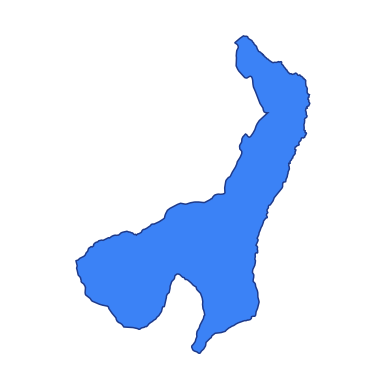 Sevilla de Oro, Azuay, Ecuador, rotated 185°
{"feature_id": "8360857B69749435538117", "entity_name": "Sevilla de Oro", "entity_type": "district", "adm_level": 2, "iso_a3": "ECU", "parent_name": "Ecuador", "parent_adm1": "Azuay", "projection": "natural_earth1", "projection_center": [-78.594, -2.705], "detail": "fine", "context": "isolated", "style": "filled", "palette": "blue", "viewbox_px": 384, "rotation_deg": 185, "n_neighbors": 0, "source": "geoboundaries", "source_scale": "gbopen_adm2", "svg_char_len": 5943}
<svg xmlns="http://www.w3.org/2000/svg" viewBox="0 0 384 384"><g transform="rotate(185 192 192)"><path d="M166.7,36.6L165.1,39.9L164.9,43.4L161.2,47.8L160.2,48.6L159.7,50.4L156.6,53.3L150.7,54.5L146.8,56.1L145.7,57.5L143.4,59.8L142.2,60.5L140.7,61.7L138.8,62.6L136.3,64.6L134.3,65.8L128.6,68.4L126.8,68.6L125.5,69.3L124.4,69.4L122.9,70.0L121.9,71.2L121.8,73.0L120.7,73.5L118.6,73.7L117.9,74.8L117.7,78.4L116.6,81.7L115.6,87.9L115.7,88.8L117.2,93.0L117.7,97.4L118.3,99.4L120.3,103.3L120.9,105.8L121.5,106.7L123.3,108.3L123.4,110.1L123.1,112.3L123.2,114.7L123.6,115.5L124.7,116.9L124.8,118.0L124.7,120.0L123.1,124.4L122.8,127.0L122.8,129.2L123.6,130.6L123.3,133.2L123.6,134.7L123.6,135.9L123.4,136.3L122.5,137.2L121.6,137.0L121.3,137.5L121.6,139.9L122.0,140.5L121.9,142.8L122.6,143.8L123.5,144.3L123.6,144.6L122.0,149.3L122.1,150.4L123.1,151.6L121.8,155.1L121.6,157.4L120.8,159.8L120.1,162.6L119.2,164.5L118.3,168.0L118.2,169.3L116.2,172.4L115.1,172.8L114.8,173.2L114.9,173.8L115.8,175.2L115.8,176.0L115.6,177.0L114.9,177.6L114.7,178.2L115.5,179.4L115.7,180.6L115.5,181.3L114.5,182.9L114.7,184.3L114.5,184.9L114.1,185.5L112.9,186.0L110.5,190.2L109.6,193.5L102.7,203.7L102.2,205.1L102.4,208.0L102.1,209.3L101.3,210.0L100.4,210.1L99.6,210.5L99.4,212.9L98.5,215.4L98.3,217.8L98.0,218.8L98.0,220.5L97.0,223.4L97.4,225.7L98.0,226.7L97.8,227.7L98.2,228.8L98.1,229.1L96.8,229.2L97.0,230.9L96.5,231.9L95.9,232.4L95.1,234.5L94.6,234.7L94.5,236.3L92.6,239.1L92.6,239.9L92.9,240.9L92.3,242.0L92.2,242.9L92.3,243.2L93.1,243.2L93.4,243.6L93.1,245.7L92.2,246.2L91.6,247.1L89.6,248.1L89.4,248.7L89.9,249.7L89.8,250.9L88.1,252.9L87.7,255.2L87.0,255.6L85.7,255.6L84.5,256.5L84.4,257.6L83.9,258.2L83.1,260.3L83.5,261.0L84.3,261.0L84.5,261.3L84.7,261.9L84.5,262.7L84.7,263.0L85.9,263.6L85.8,265.4L86.4,268.9L86.0,270.6L86.0,273.2L86.3,274.1L85.8,275.3L84.4,276.3L84.0,277.6L84.2,278.2L84.9,278.9L85.0,280.5L85.5,282.2L86.0,282.8L85.7,285.2L85.5,285.6L84.5,285.6L84.9,287.1L83.2,288.0L82.4,290.4L82.8,291.3L83.6,292.2L83.6,293.4L84.0,294.1L84.6,294.5L84.4,296.5L83.7,296.8L83.9,297.8L83.5,299.2L84.6,299.5L85.9,300.9L86.2,303.3L86.1,304.8L86.7,306.2L87.6,307.4L87.9,308.2L88.4,311.3L88.4,312.8L88.9,313.6L89.9,314.0L90.3,314.8L91.0,314.8L91.5,315.7L93.0,316.8L93.9,316.9L94.8,318.0L95.8,317.5L96.6,317.5L97.6,318.7L98.7,319.4L99.4,319.4L100.3,318.6L102.4,317.9L103.6,318.5L104.9,318.3L107.2,320.2L108.2,321.8L109.1,322.2L109.5,323.0L111.4,324.8L112.2,326.0L113.8,327.3L114.0,327.8L114.0,329.1L114.5,329.6L116.1,329.3L116.5,329.0L117.3,329.4L118.9,328.5L121.1,328.4L122.5,327.9L123.6,328.2L126.9,330.1L127.9,331.0L128.9,331.2L129.7,332.1L131.1,332.9L131.5,333.6L132.3,333.9L132.9,335.0L133.4,334.8L133.7,334.9L134.1,335.9L135.0,336.3L136.0,337.2L137.9,337.9L139.5,340.3L140.5,342.7L142.9,344.6L143.7,346.0L144.5,346.6L145.6,348.1L148.4,349.4L149.5,350.3L150.2,351.6L151.4,351.9L152.8,351.7L154.4,352.0L157.7,349.2L162.2,344.6L162.2,344.3L159.8,342.9L159.4,342.5L158.7,341.2L158.5,339.8L159.7,336.8L159.8,335.6L159.8,331.6L159.4,329.6L159.0,321.5L157.3,318.5L156.0,316.7L149.6,310.7L148.9,310.4L147.3,310.3L144.8,312.1L143.9,312.4L142.8,312.0L141.9,310.5L141.3,308.6L140.6,304.5L139.9,301.9L137.4,297.3L131.9,286.0L128.7,282.0L128.0,279.6L127.1,278.1L125.5,277.4L123.4,277.5L131.2,269.0L133.0,265.7L133.9,263.3L134.8,259.5L136.5,255.7L138.4,252.5L139.5,251.6L140.3,251.7L141.4,252.4L142.6,253.9L143.8,254.4L146.2,251.2L146.9,249.2L146.9,246.1L148.5,242.7L148.6,241.6L148.1,239.0L146.4,237.4L145.9,236.6L145.8,234.5L147.1,230.7L149.5,226.1L149.9,223.6L150.9,220.6L153.6,215.2L155.1,211.2L155.6,210.4L157.0,209.6L158.8,207.1L159.3,205.8L159.8,198.9L159.1,194.1L159.7,193.3L161.2,192.6L163.3,192.2L165.5,192.2L166.8,191.9L168.8,191.1L169.6,190.4L170.8,188.8L171.6,187.1L172.2,187.0L173.4,185.9L178.4,182.7L179.7,182.5L184.2,182.6L188.7,182.2L192.7,181.1L196.2,179.6L197.6,179.3L202.4,179.8L205.3,178.4L212.5,173.8L214.9,171.6L216.3,168.2L216.8,166.4L217.2,163.6L217.8,162.9L222.0,159.6L226.0,157.3L226.9,156.8L228.7,156.6L229.7,156.1L230.6,154.7L234.0,151.9L235.8,150.8L236.5,150.5L237.0,150.5L237.6,150.1L238.3,149.3L239.0,147.4L241.1,145.9L242.4,145.5L243.7,144.2L244.5,144.9L245.7,144.6L246.2,144.7L247.6,146.0L248.8,146.1L250.4,146.7L251.3,146.6L253.4,147.2L257.2,146.0L259.0,145.2L261.3,142.7L263.8,142.2L264.8,142.3L266.6,141.7L268.4,140.6L270.1,139.0L271.0,139.2L271.5,139.0L276.3,136.1L277.9,136.2L280.6,135.3L281.7,134.0L283.1,133.6L284.7,132.3L285.4,131.1L285.4,129.7L285.8,129.5L286.3,128.8L286.8,128.6L287.7,128.8L290.1,126.8L290.8,123.8L292.0,122.4L293.1,119.5L294.3,118.4L297.9,116.2L299.7,114.2L301.5,113.5L301.6,113.3L299.9,108.4L300.3,106.3L300.2,105.6L299.7,104.5L298.2,99.6L297.8,99.0L296.5,98.0L295.4,96.5L295.4,96.0L294.7,94.3L294.6,93.0L294.1,92.4L291.8,90.9L290.2,88.6L290.1,88.0L289.8,87.8L289.7,82.4L289.3,80.8L288.8,80.1L284.2,77.1L282.6,75.1L281.7,74.5L274.7,72.2L271.4,71.5L266.3,70.9L265.6,70.5L265.2,70.1L264.5,68.4L261.1,64.3L256.8,60.0L256.3,58.4L255.4,56.9L253.9,55.7L251.9,55.0L250.2,54.0L248.1,51.6L238.9,51.8L234.5,51.2L232.9,50.6L232.0,50.8L230.5,52.2L227.9,53.0L226.9,53.8L225.8,53.9L224.8,54.7L223.5,56.8L221.8,58.4L220.3,59.5L218.6,61.2L217.1,62.2L215.9,64.4L214.3,65.9L212.0,70.3L211.4,74.4L210.9,75.2L210.0,75.3L209.6,75.5L209.5,76.0L208.3,84.9L208.4,86.2L207.7,88.1L206.0,89.9L205.5,94.2L205.6,96.2L204.4,101.0L202.2,103.8L201.9,104.8L201.8,106.6L201.5,107.4L199.7,109.0L198.5,109.1L197.1,108.8L194.0,106.3L192.3,106.0L191.1,104.3L189.8,104.4L188.5,103.9L185.1,101.5L182.6,99.2L179.6,97.7L179.0,95.8L178.2,94.8L174.7,91.8L172.6,87.3L171.7,83.7L171.7,80.8L170.8,76.5L170.3,75.8L169.4,73.6L168.6,70.5L169.3,69.5L169.6,66.9L172.4,60.1L173.0,57.1L174.8,53.6L175.0,50.8L174.6,48.8L174.6,48.1L175.4,45.5L175.7,43.4L177.4,40.4L178.6,38.9L178.8,38.4L178.8,37.5L177.5,34.9L176.9,34.4L175.8,33.8L173.3,33.2L171.5,32.1L170.7,32.0L170.0,32.2L169.7,32.5L168.8,34.3L166.7,36.6Z" fill="#3b82f6" stroke="#1e3a8a" stroke-width="1.5"/></g></svg>